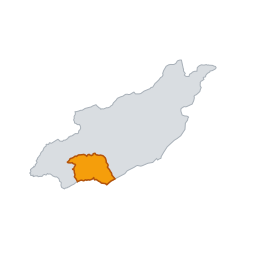 Govi-Altay on a map of Mongolia (Robinson projection), rotated 325°
{"feature_id": "MNG-3319", "entity_name": "Govi-Altay", "entity_type": "Province", "adm_level": 1, "iso_a3": "MNG", "parent_name": "Mongolia", "parent_adm1": "", "projection": "robinson", "projection_center": [95.669, 45.25], "detail": "fine", "context": "in_parent", "style": "filled", "palette": "amber", "viewbox_px": 256, "rotation_deg": 325, "n_neighbors": 0, "source": "natural_earth", "source_scale": "10m", "svg_char_len": 6315}
<svg xmlns="http://www.w3.org/2000/svg" viewBox="0 0 256 256"><g transform="rotate(325 128 128)"><path d="M21.7,108.5L22.5,108.5L23.7,107.7L23.9,106.6L24.3,106.1L27.2,105.8L28.5,106.1L28.7,105.4L28.9,105.3L29.6,105.9L30.3,105.7L30.8,105.4L31.2,104.6L32.2,104.7L33.9,103.9L33.9,102.3L34.6,101.9L36.1,101.6L36.3,100.9L36.6,100.7L37.7,100.6L39.7,99.8L40.6,99.7L41.3,99.0L43.0,98.1L45.6,97.7L45.8,97.3L48.2,95.9L50.7,95.8L51.4,94.6L51.8,94.5L53.5,95.9L54.2,95.7L54.5,95.2L55.6,95.2L56.0,96.2L56.6,96.6L64.0,97.0L64.3,97.3L64.7,99.7L66.1,100.8L66.4,101.3L68.4,101.1L69.6,102.0L71.4,102.0L72.3,102.2L74.1,101.4L74.5,101.4L75.0,101.8L75.9,101.5L77.5,102.3L78.7,102.2L79.3,102.5L80.1,102.2L81.9,102.5L83.3,103.7L84.3,103.7L85.5,102.8L85.8,102.2L87.5,101.9L88.5,101.4L89.2,100.9L90.1,99.0L90.2,97.2L89.4,96.9L88.6,96.3L88.2,95.2L88.1,94.5L87.2,93.5L87.3,92.9L87.8,92.0L88.0,90.5L88.6,89.7L89.7,89.2L89.8,88.6L90.6,87.5L92.4,86.8L93.4,85.6L94.0,84.3L94.9,84.9L97.3,85.8L99.3,86.3L100.7,87.2L104.2,87.4L110.2,89.7L111.4,89.6L114.9,90.5L115.2,90.8L115.3,92.5L115.5,92.9L115.8,94.7L116.5,95.7L116.3,96.7L116.6,97.1L117.5,97.2L118.9,98.4L122.1,99.1L123.1,99.9L125.2,100.4L126.3,100.1L128.1,100.2L128.8,100.1L129.9,99.3L130.6,99.0L134.6,98.3L135.7,97.8L136.5,97.6L139.7,98.2L142.0,99.0L145.2,99.0L146.8,99.9L147.5,100.8L148.8,101.6L153.3,101.9L153.5,102.1L153.6,104.1L153.8,104.4L156.8,106.5L158.2,107.1L162.3,107.0L168.7,108.4L170.2,108.0L171.5,108.7L172.1,108.6L176.0,106.9L176.6,107.0L180.9,106.3L183.5,105.4L185.5,105.5L187.1,104.7L187.7,103.2L190.2,101.4L194.7,99.3L197.6,99.6L199.4,100.4L201.4,101.9L202.4,102.4L204.3,102.5L206.9,101.4L208.4,101.7L209.7,102.2L210.7,103.0L207.3,111.1L207.3,111.6L206.1,113.3L206.2,116.1L204.5,117.0L204.9,118.6L205.4,119.2L207.4,120.7L208.0,120.5L208.5,119.9L209.4,119.3L211.3,119.5L212.9,119.2L215.0,119.7L217.0,121.0L219.5,118.2L222.0,117.9L224.3,118.3L226.3,120.1L228.5,121.0L229.2,122.1L230.1,122.5L230.4,123.0L233.2,125.2L233.9,126.6L234.8,127.6L234.9,128.7L234.7,129.2L233.7,129.7L230.1,129.4L227.8,128.4L227.1,129.0L224.3,128.8L222.8,129.2L221.7,129.6L221.2,130.3L220.7,130.5L220.2,130.4L219.3,129.9L218.6,129.9L218.4,130.0L218.1,131.7L215.8,131.8L214.9,131.5L213.0,132.3L212.8,133.0L211.8,134.0L211.0,135.7L211.3,136.5L211.1,136.9L209.4,137.9L207.8,139.3L204.4,139.8L202.8,139.9L201.5,139.6L200.4,139.8L199.6,141.4L197.5,143.3L194.3,145.2L188.3,144.1L187.5,143.8L186.1,142.6L182.7,142.5L181.8,143.3L181.0,144.5L179.8,148.4L181.3,150.6L183.0,152.0L183.7,153.1L183.8,153.9L182.7,154.3L181.3,155.7L177.7,157.0L173.9,161.8L166.8,164.6L162.4,164.8L158.8,164.6L149.3,165.9L143.2,168.4L138.7,170.5L137.8,171.6L137.3,171.7L136.4,171.3L133.9,171.2L133.9,169.4L128.5,170.4L124.1,168.3L117.7,167.0L116.5,166.5L114.2,164.1L113.1,163.8L110.4,163.7L102.8,162.6L99.2,163.6L83.8,161.7L78.2,162.3L77.9,162.0L77.6,160.5L74.9,158.2L74.6,157.6L74.4,156.7L72.3,151.9L70.9,151.2L71.1,149.2L69.1,149.3L66.8,148.5L64.4,147.1L63.3,146.1L61.7,145.8L59.7,143.9L58.7,143.5L53.8,142.8L51.4,143.0L48.7,142.5L45.7,142.4L44.8,142.0L43.9,142.1L42.2,141.3L41.0,141.4L39.6,138.7L40.0,137.0L40.6,136.0L42.0,134.5L42.0,133.9L41.4,132.5L42.3,130.1L42.0,128.5L41.3,126.8L40.3,126.4L38.9,124.1L38.5,122.3L37.9,121.0L36.4,120.2L35.9,119.1L35.5,119.1L35.1,119.4L34.2,119.6L33.3,118.9L32.9,118.1L32.3,117.9L31.3,117.9L30.4,118.3L29.5,118.1L28.6,117.4L26.4,116.3L26.4,115.5L26.1,114.9L25.4,114.8L24.7,114.2L22.6,113.5L22.5,113.1L23.2,112.3L21.7,111.6L21.1,110.8L22.0,109.8L21.7,109.2L21.7,108.5Z" fill="#d9dde1" stroke="#a8b0b8" stroke-width="1"/><path d="M57.1,143.2L56.9,143.2L56.4,143.0L56.2,143.0L55.8,143.0L56.2,140.3L56.2,139.3L56.1,137.5L56.1,137.2L56.3,137.0L56.4,136.9L57.2,136.5L57.4,136.4L57.5,136.2L57.8,135.7L58.0,135.5L58.1,135.4L58.1,135.2L58.1,134.8L58.1,134.7L58.7,133.3L59.5,132.1L59.6,131.8L59.7,131.6L59.6,131.3L59.5,131.1L59.1,130.3L59.0,130.2L59.1,129.9L59.3,129.9L59.4,130.0L60.1,130.0L60.3,130.0L60.7,129.9L61.4,129.3L62.0,129.0L63.4,128.4L63.7,128.2L63.8,128.0L63.9,127.9L63.9,127.6L63.7,127.2L63.1,126.4L62.7,125.8L62.6,125.5L62.5,125.2L62.5,124.7L62.4,124.4L61.9,124.2L61.0,123.7L59.6,122.6L59.1,122.2L58.9,121.9L58.8,121.6L58.8,121.2L60.4,121.0L61.3,120.8L62.1,120.4L62.8,120.0L63.2,120.0L63.5,120.0L63.8,120.1L64.0,120.2L64.2,120.4L64.3,120.4L64.8,120.5L65.6,120.7L66.5,120.8L67.2,120.8L67.3,120.8L67.6,120.7L67.9,120.7L68.1,120.7L68.6,120.8L68.8,120.9L68.9,121.0L69.1,121.2L69.2,121.4L69.3,121.5L69.6,121.8L69.8,121.8L70.1,121.7L70.3,121.6L72.0,121.7L72.2,121.9L72.5,122.0L73.2,122.4L73.6,122.7L76.0,124.0L76.3,124.1L76.5,124.2L76.7,124.3L76.8,124.4L76.9,124.8L77.1,125.2L77.5,125.6L77.6,125.8L77.7,126.4L77.9,126.7L78.0,126.9L78.0,127.4L78.3,127.4L80.0,126.9L80.2,127.0L80.5,127.1L81.0,127.3L81.1,127.9L81.2,128.1L81.3,128.3L81.5,128.6L82.0,129.1L82.0,129.5L82.4,129.7L83.1,129.7L83.2,129.8L83.3,129.8L83.5,129.9L83.9,129.8L84.1,129.7L84.4,129.5L84.5,129.4L84.6,129.2L84.8,129.2L85.1,129.2L85.4,129.3L85.9,129.6L86.4,129.7L86.5,130.3L86.4,131.0L86.5,131.2L86.5,131.4L86.6,131.6L86.7,131.9L86.8,132.0L87.2,132.3L87.3,132.4L87.5,132.5L87.6,132.9L87.7,133.1L88.3,133.4L88.5,133.6L88.8,133.9L88.9,134.0L89.1,134.1L89.4,134.2L89.6,134.2L89.8,134.3L90.1,134.6L91.4,136.1L91.6,136.5L91.8,137.0L92.2,139.3L92.1,139.7L92.1,140.1L91.3,142.4L91.1,142.8L90.8,143.1L90.7,143.2L90.6,143.3L90.5,143.5L90.5,143.8L90.5,144.1L90.6,145.2L90.6,146.1L90.6,146.3L90.5,146.7L90.4,147.0L90.2,147.2L90.1,147.3L89.7,147.7L88.8,148.1L88.7,148.2L88.7,148.4L88.7,149.1L88.9,151.3L88.9,151.5L88.6,153.8L88.7,154.6L88.7,154.9L88.7,155.1L88.2,156.7L87.8,157.3L87.8,157.6L87.8,157.8L88.2,162.2L85.9,162.0L83.7,161.7L81.2,161.9L78.8,162.2L78.1,162.3L78.0,162.2L77.9,162.1L77.8,161.0L77.8,160.8L77.7,160.7L74.9,158.1L74.7,157.8L74.5,157.5L74.5,157.2L74.4,156.8L74.4,156.5L73.4,154.6L72.7,152.6L72.4,151.9L72.2,151.7L71.6,151.6L71.0,151.4L70.9,151.3L70.9,151.2L71.0,150.7L70.9,150.2L71.0,150.1L71.0,149.9L71.1,149.7L71.4,149.3L71.4,149.1L69.0,149.3L68.7,149.3L68.1,149.0L66.8,148.7L66.7,148.6L66.5,148.3L66.4,148.2L66.0,147.8L65.1,147.3L64.9,147.2L64.5,147.2L64.3,147.2L64.2,147.0L64.0,146.7L63.9,146.5L63.3,146.0L63.2,145.9L62.7,146.0L62.4,146.0L61.8,145.9L61.5,145.8L61.1,145.5L60.1,144.1L59.9,144.0L58.8,143.5L58.1,143.4L57.7,143.3L57.6,143.2L57.4,143.2L57.1,143.2Z" fill="#f59e0b" stroke="#b45309" stroke-width="1.5"/></g></svg>